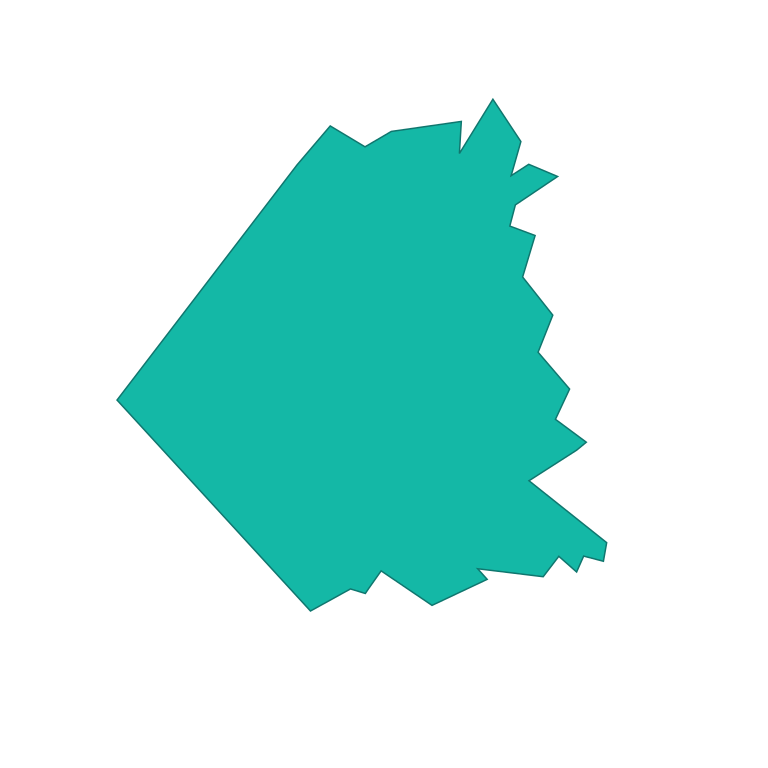 Clark, Kentucky, United States of America (Albers equal-area conic projection), rotated 244°
{"feature_id": "52423323B29172406843772", "entity_name": "Clark", "entity_type": "district", "adm_level": 2, "iso_a3": "USA", "parent_name": "United States of America", "parent_adm1": "Kentucky", "projection": "albers", "projection_center": [-84.177, 37.969], "detail": "fine", "context": "isolated", "style": "filled", "palette": "teal", "viewbox_px": 768, "rotation_deg": 244, "n_neighbors": 0, "source": "geoboundaries", "source_scale": "gbopen_adm2", "svg_char_len": 627}
<svg xmlns="http://www.w3.org/2000/svg" viewBox="0 0 768 768"><g transform="rotate(244 384 384)"><path d="M592.2,606.7L558.1,552.8L586.1,568.6L607.8,501.3L605.5,470.9L639.5,448.8L619.1,402.0L486.6,137.0L212.2,218.4L214.5,264.0L203.9,275.4L206.8,280.4L217.3,299.5L164.0,330.1L163.2,391.1L176.9,387.2L141.0,442.6L152.5,465.6L130.6,474.7L141.8,488.0L128.5,503.5L143.8,514.6L233.5,471.9L240.1,528.2L243.0,540.3L277.1,522.6L298.1,548.6L345.0,536.4L371.9,565.9L419.4,555.5L451.2,584.9L470.8,566.3L487.4,580.6L494.4,631.0L518.0,610.4L515.5,589.6L541.9,613.3L592.2,606.7Z" fill="#14b8a6" stroke="#0f766e" stroke-width="1.5"/></g></svg>